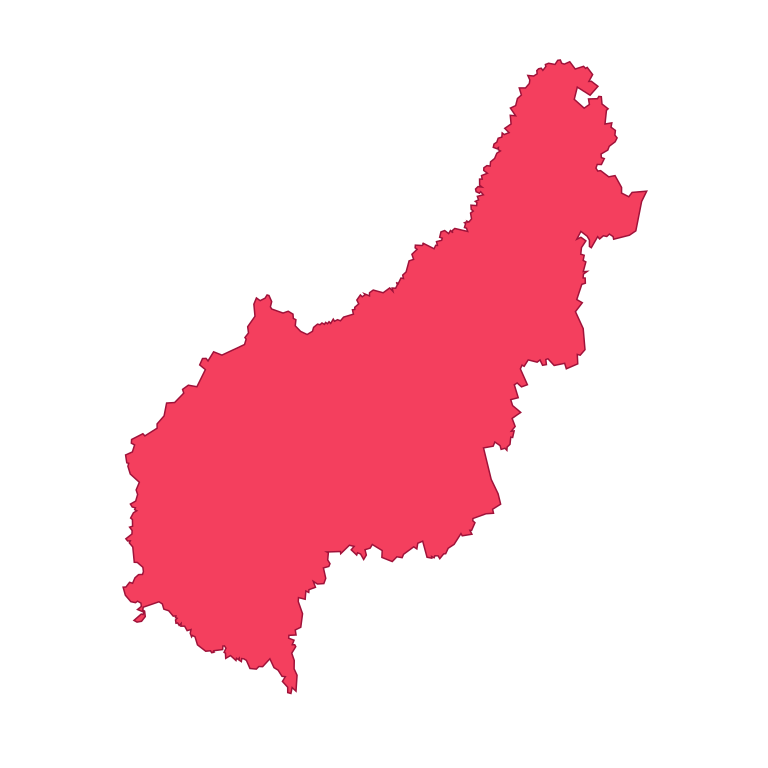 Thabo Mofutsanyane, Free State, South Africa, rotated 170°
{"feature_id": "47623444B5552574832417", "entity_name": "Thabo Mofutsanyane", "entity_type": "district", "adm_level": 2, "iso_a3": "ZAF", "parent_name": "South Africa", "parent_adm1": "Free State", "projection": "orthographic", "projection_center": [28.545, -28.29], "detail": "fine", "context": "isolated", "style": "filled", "palette": "rose", "viewbox_px": 768, "rotation_deg": 170, "n_neighbors": 0, "source": "geoboundaries", "source_scale": "gbopen_adm2", "svg_char_len": 6166}
<svg xmlns="http://www.w3.org/2000/svg" viewBox="0 0 768 768"><g transform="rotate(170 384 384)"><path d="M671.3,194.6L668.6,192.4L664.0,192.4L659.5,196.4L659.2,201.9L660.8,203.3L659.9,206.0L643.4,208.6L640.5,205.9L639.9,200.5L635.4,198.1L631.9,192.0L629.2,191.7L629.9,190.1L628.4,189.2L630.3,187.8L630.4,184.5L628.7,184.5L627.6,181.8L625.4,183.4L626.1,180.8L622.4,180.1L620.7,175.3L616.7,175.7L618.1,172.2L617.4,168.4L616.3,169.6L614.0,167.8L613.0,159.5L606.0,151.8L601.2,151.4L600.4,149.3L598.6,149.3L597.8,149.5L598.4,150.4L597.9,150.9L589.0,150.5L588.2,153.9L586.6,153.8L585.5,151.3L588.1,147.5L586.9,146.5L587.5,141.3L582.3,143.2L577.8,137.4L576.9,139.5L575.0,137.7L574.9,138.7L574.2,139.2L574.6,137.2L572.7,135.4L571.8,138.3L569.8,137.7L567.5,135.7L565.4,127.1L559.2,125.4L556.3,127.5L552.6,126.7L544.1,133.2L541.6,123.8L538.0,120.6L535.2,113.8L532.0,112.9L535.7,108.7L531.5,102.1L532.4,96.8L529.4,95.4L527.2,101.0L524.0,96.8L520.2,112.3L522.0,119.1L520.4,127.3L521.6,134.9L516.5,140.7L517.2,142.7L519.6,143.2L517.1,147.3L522.0,150.2L521.3,153.0L514.2,152.1L514.1,157.2L508.2,158.9L504.1,171.9L506.2,184.6L505.3,188.5L499.0,185.7L496.9,193.7L494.3,191.8L493.6,194.5L486.8,195.7L487.9,201.9L484.3,198.6L477.9,197.9L475.1,202.7L475.6,213.4L470.0,213.9L468.4,216.4L470.0,220.5L468.1,227.5L469.4,228.5L456.0,226.6L456.1,224.4L446.1,231.2L441.6,229.3L445.1,226.4L440.6,220.3L439.4,222.4L436.6,220.7L434.5,214.7L431.1,218.6L431.5,224.1L426.1,224.8L423.4,228.0L414.7,220.3L416.2,213.6L406.7,207.7L401.3,211.6L396.3,209.8L394.3,212.9L383.0,218.5L380.3,215.9L378.4,221.3L373.2,222.5L371.7,205.9L367.2,204.2L367.1,205.9L364.8,204.2L363.7,206.0L360.6,205.4L359.4,202.3L354.8,206.3L352.7,206.2L349.3,211.1L342.8,213.9L334.2,223.3L333.3,220.9L323.5,220.8L324.8,225.0L323.1,224.7L318.5,231.6L320.3,233.9L319.8,236.1L306.1,238.5L298.6,237.7L298.8,241.8L290.0,245.4L290.7,256.1L295.0,271.5L297.1,303.8L287.3,303.8L284.9,307.6L280.4,303.2L280.0,299.3L276.0,299.7L274.5,297.4L273.7,300.5L270.4,302.7L268.4,309.6L266.6,309.0L264.0,315.2L266.8,315.4L262.2,319.4L263.8,327.9L254.3,332.3L261.1,340.4L261.9,346.6L254.2,347.2L255.8,360.6L252.7,361.9L249.1,357.3L242.9,358.4L247.1,375.2L244.8,378.6L242.9,377.1L237.8,382.7L229.4,378.9L226.2,380.6L224.6,374.9L220.7,374.9L220.4,380.0L218.2,380.4L213.2,372.7L202.5,373.0L201.8,367.3L189.7,370.2L188.5,379.6L185.8,378.3L180.1,382.9L178.2,404.0L182.9,422.0L174.6,429.6L179.5,433.7L171.9,447.8L168.2,448.3L167.5,453.4L169.5,453.9L168.5,457.6L164.4,459.6L168.3,460.0L164.0,469.2L166.4,471.1L164.5,476.0L167.7,477.7L165.8,484.1L160.3,489.9L164.6,494.3L169.0,493.1L163.6,500.1L158.3,494.3L156.7,490.1L157.8,483.8L156.2,482.2L148.0,492.0L146.5,489.4L142.2,491.9L139.0,490.6L136.0,492.5L132.8,489.4L132.7,486.7L116.5,487.9L109.4,491.1L98.6,519.0L91.8,528.3L106.4,529.6L110.4,525.9L116.9,530.8L115.9,536.3L120.3,549.1L126.7,549.0L133.6,556.5L136.5,556.6L137.8,559.8L135.9,563.2L131.8,562.4L127.9,567.7L130.6,569.2L130.3,572.8L123.0,575.5L120.9,579.0L114.3,582.4L111.7,585.9L113.4,589.0L112.1,593.5L115.8,597.5L114.3,601.6L121.2,601.7L117.4,614.9L115.5,616.1L120.7,621.9L120.1,629.2L122.5,629.9L124.2,627.9L133.1,629.2L133.2,623.6L139.0,620.9L147.2,631.3L142.1,642.8L130.9,632.6L121.6,640.0L127.2,646.1L129.7,646.4L124.8,652.5L128.9,660.5L130.7,659.8L132.3,662.2L141.0,661.0L145.1,669.1L150.9,667.7L153.3,669.0L154.1,672.5L156.7,672.6L160.1,669.0L166.2,671.3L169.6,670.6L169.5,668.5L173.1,665.3L174.3,667.7L177.0,667.6L179.1,666.1L179.3,662.9L183.1,661.3L188.8,662.9L187.6,658.1L188.7,654.7L193.2,651.0L199.4,652.1L198.5,644.7L203.0,642.0L206.0,635.3L211.6,633.8L207.8,625.3L213.0,626.7L213.7,618.0L220.7,614.8L217.2,609.8L222.3,608.8L224.0,610.7L225.1,606.7L228.9,606.2L230.9,602.6L234.0,601.2L235.3,598.1L231.9,596.1L230.3,596.9L230.8,594.9L228.9,593.3L232.8,591.7L235.9,586.9L240.5,584.3L241.6,580.2L244.7,581.2L248.1,579.6L248.7,577.0L245.6,573.6L251.8,572.3L251.7,568.7L254.3,569.2L255.3,563.2L253.3,560.9L257.1,562.1L260.0,560.1L259.9,557.4L256.9,555.3L255.4,556.6L253.3,553.1L259.5,552.6L258.9,548.9L262.4,548.0L261.0,546.5L261.8,543.6L267.3,545.0L267.8,540.9L266.1,538.8L269.1,537.3L269.1,531.4L272.3,528.8L273.6,529.7L273.1,528.3L274.0,529.6L276.7,528.8L275.7,528.0L277.6,524.1L275.7,523.1L275.1,519.7L287.3,524.9L290.3,523.1L290.0,521.0L291.9,523.6L294.2,520.9L297.6,524.6L301.5,523.9L303.7,518.8L301.3,517.5L302.3,515.5L307.6,515.1L307.3,511.2L309.0,511.6L311.2,508.5L321.5,516.2L320.8,514.9L322.5,513.8L329.0,515.3L329.7,512.7L328.0,510.9L334.0,506.9L333.2,501.6L337.9,500.9L342.8,490.5L346.7,488.0L346.5,484.5L348.9,485.4L352.7,480.2L354.1,482.0L353.6,479.4L355.9,476.3L359.3,477.1L359.1,473.7L361.7,477.6L369.0,474.0L378.3,478.4L382.4,476.4L383.0,473.3L387.7,476.3L387.1,475.1L390.3,473.7L391.8,475.8L396.2,471.4L395.0,467.3L399.5,464.6L399.8,462.5L402.2,462.6L402.0,458.1L412.2,456.9L415.9,453.8L418.6,455.4L421.8,454.4L422.7,456.7L426.0,452.9L427.3,454.9L429.2,453.2L430.8,454.8L432.3,453.1L434.5,454.9L436.7,453.5L439.1,454.5L443.5,452.0L445.3,448.3L451.1,446.1L457.0,450.3L461.3,456.7L459.6,462.6L461.9,464.3L461.5,468.6L465.7,472.3L471.1,471.4L481.5,477.3L482.5,479.7L480.3,484.6L481.9,491.1L483.7,492.0L486.2,489.2L491.5,487.6L494.7,490.9L498.3,485.2L499.3,473.1L508.3,464.1L508.6,457.8L512.9,453.9L512.0,452.1L514.5,447.1L538.6,440.6L546.2,445.3L553.3,437.3L554.8,440.1L558.3,440.6L562.2,434.8L557.4,429.2L568.7,413.8L576.9,416.8L583.3,413.7L582.8,409.8L593.4,402.1L601.4,403.0L606.1,390.8L614.4,384.1L615.1,379.9L628.5,374.4L630.1,376.9L642.2,373.2L643.1,369.6L640.2,367.3L643.6,360.8L650.8,359.0L651.0,351.1L649.2,350.2L650.5,347.5L649.5,339.4L642.0,329.7L646.5,322.7L645.8,318.0L648.9,311.8L654.6,309.8L653.3,306.6L650.3,305.2L651.4,303.6L649.5,302.1L653.1,300.7L656.8,296.0L655.3,294.2L656.3,287.6L659.4,287.2L657.5,283.4L658.3,280.0L665.1,276.4L663.7,273.9L661.1,273.6L662.4,271.8L659.7,267.1L660.9,251.8L657.9,251.1L653.3,245.4L653.5,241.0L654.9,238.4L658.8,238.9L662.9,236.4L666.2,231.4L669.0,232.9L673.4,228.9L676.2,229.2L675.4,220.9L671.1,213.6L666.7,211.8L664.4,212.9L661.4,210.4L661.6,207.1L665.9,204.7L660.2,201.1L661.3,198.8L663.0,199.6L671.3,194.6Z" fill="#f43f5e" stroke="#9f1239" stroke-width="1.5"/></g></svg>